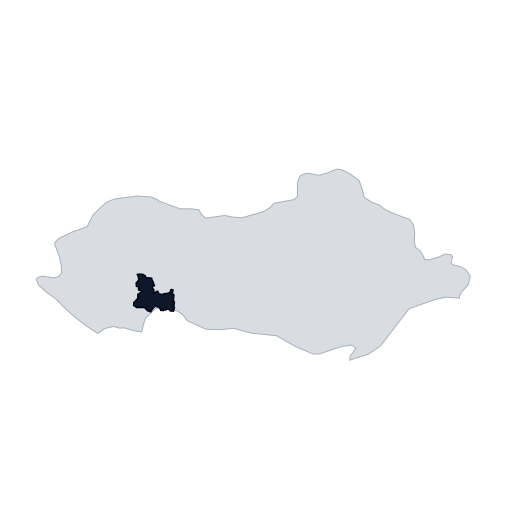 Lezhë, Lezhë, Albania shown in context, rotated 277°
{"feature_id": "67620474B20431026689517", "entity_name": "Lezhë", "entity_type": "district", "adm_level": 2, "iso_a3": "ALB", "parent_name": "Albania", "parent_adm1": "Lezhë", "projection": "equal_earth", "projection_center": [19.698, 41.807], "detail": "fine", "context": "in_parent", "style": "filled", "palette": "ink", "viewbox_px": 512, "rotation_deg": 277, "n_neighbors": 0, "source": "geoboundaries", "source_scale": "gbopen_adm2", "svg_char_len": 2516}
<svg xmlns="http://www.w3.org/2000/svg" viewBox="0 0 512 512"><g transform="rotate(277 256 256)"><path d="M166.6,151.7L166.9,144.6L168.6,133.3L167.7,129.6L168.7,123.1L165.4,114.5L159.9,108.4L165.2,97.5L172.9,84.3L180.1,73.8L188.7,63.0L194.5,52.5L200.7,43.6L206.0,40.8L208.6,42.7L210.0,46.6L209.7,58.2L211.5,62.3L215.2,65.2L223.0,63.8L231.6,60.9L243.2,54.7L245.2,55.1L249.5,58.3L258.4,72.3L264.4,84.7L276.2,89.0L282.7,93.8L291.2,101.1L295.3,108.5L301.1,131.1L301.8,144.8L300.2,151.0L298.7,152.6L293.6,174.9L294.9,186.3L294.9,193.8L290.5,196.7L287.5,201.4L292.4,220.0L291.8,228.0L292.1,237.1L300.8,257.9L306.0,264.3L310.5,267.4L316.5,286.6L320.0,289.9L334.2,288.1L341.1,290.2L343.9,294.8L344.5,297.9L343.7,308.6L347.3,316.9L352.1,325.5L352.1,330.7L349.0,339.2L343.3,349.2L335.8,353.0L327.5,356.3L323.5,364.0L321.6,372.3L317.9,378.4L315.6,385.1L312.1,398.8L311.3,403.8L305.7,408.8L297.0,410.9L289.1,411.3L283.8,413.6L281.1,418.3L276.2,422.1L273.1,423.8L273.2,428.0L276.8,436.7L281.0,443.8L281.1,449.5L279.1,451.1L272.7,450.3L271.3,452.4L270.6,458.8L268.9,464.2L266.3,467.6L261.7,471.2L253.3,470.0L245.4,464.5L241.3,462.9L239.0,463.0L238.3,449.7L234.9,439.4L222.4,414.5L181.8,390.4L172.3,379.5L168.1,370.4L164.0,361.8L168.0,361.6L171.9,363.8L177.0,366.4L179.1,362.1L176.9,352.7L166.5,330.7L165.7,324.7L170.9,306.4L179.4,285.9L178.8,261.0L181.5,242.3L178.6,230.1L177.2,215.2L183.4,195.5L188.7,190.6L192.0,184.4L192.2,163.3L180.3,153.5L166.6,151.7Z" fill="#d9dde1" stroke="#a8b0b8" stroke-width="1"/><path d="M211.2,141.1L211.7,143.0L208.0,143.6L207.4,147.5L205.8,145.9L203.5,143.4L199.5,143.8L194.9,140.4L192.1,140.5L190.3,143.8L191.0,149.1L191.2,151.7L188.4,155.1L187.9,157.4L187.7,158.3L190.4,159.5L192.8,161.1L194.5,161.4L193.7,163.1L193.4,164.8L193.5,166.0L191.7,167.4L190.4,168.1L190.6,170.7L191.3,170.9L191.3,173.1L192.5,173.7L192.4,176.6L191.0,177.6L191.2,180.8L192.6,181.1L195.1,181.3L195.8,180.6L200.0,180.7L202.0,179.5L207.3,179.2L207.1,178.5L207.9,178.3L208.1,177.7L212.3,177.7L212.5,176.1L211.8,175.4L210.4,175.6L209.6,174.9L208.7,174.0L208.1,173.3L208.1,171.7L207.4,170.8L207.4,169.2L206.5,168.6L206.4,164.6L208.1,163.3L209.0,162.9L208.8,161.7L207.7,160.5L206.5,159.5L206.4,158.8L210.0,158.8L211.7,156.9L212.8,156.9L213.5,158.0L214.4,158.8L215.5,158.0L217.3,157.3L218.9,156.3L220.3,155.3L221.3,155.1L221.2,151.5L220.9,149.4L222.7,148.6L223.4,147.3L224.0,146.0L223.8,142.7L223.2,139.9L222.9,140.9L218.7,142.5L216.6,141.8L214.6,140.3L211.2,141.1Z" fill="#0f172a" stroke="#020617" stroke-width="1.5"/></g></svg>